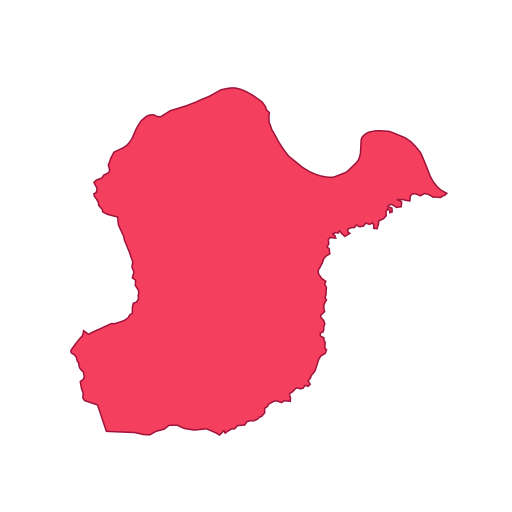 outline of Ananás, Tocantins, Brazil, rotated 80°
{"feature_id": "56859067B59489499559631", "entity_name": "Ananás", "entity_type": "district", "adm_level": 2, "iso_a3": "BRA", "parent_name": "Brazil", "parent_adm1": "Tocantins", "projection": "natural_earth1", "projection_center": [-48.183, -6.194], "detail": "fine", "context": "isolated", "style": "filled", "palette": "rose", "viewbox_px": 512, "rotation_deg": 80, "n_neighbors": 0, "source": "geoboundaries", "source_scale": "gbopen_adm2", "svg_char_len": 3705}
<svg xmlns="http://www.w3.org/2000/svg" viewBox="0 0 512 512"><g transform="rotate(80 256 256)"><path d="M117.1,217.9L113.6,220.5L110.8,220.6L105.4,223.2L97.4,231.0L92.1,237.5L89.1,242.3L87.0,247.0L86.2,250.9L86.0,255.2L86.2,261.5L90.4,273.6L91.5,278.1L92.7,284.1L93.8,287.5L96.0,299.0L98.0,315.1L102.3,325.6L101.4,329.4L99.2,332.1L98.7,336.5L99.3,339.4L101.6,343.5L102.8,345.5L106.7,349.2L110.3,352.1L118.8,357.7L121.5,360.2L124.2,363.5L126.2,367.5L129.1,377.9L134.6,382.1L137.6,383.7L140.8,385.7L146.0,385.1L148.4,386.8L149.9,391.9L152.4,394.2L153.5,400.1L155.3,402.8L159.2,401.7L161.2,400.7L165.6,402.1L166.6,404.9L169.0,404.8L172.0,403.3L175.7,402.0L178.9,402.1L183.7,399.2L185.8,399.4L189.1,395.3L193.6,385.5L201.5,386.1L213.7,382.9L217.5,382.8L229.9,380.1L240.5,378.4L245.2,380.1L250.6,379.0L256.0,381.6L259.0,378.8L264.0,380.0L269.1,377.8L271.6,377.8L274.4,378.9L278.1,379.3L280.7,381.9L281.2,385.0L285.3,386.7L290.9,387.7L292.1,390.6L294.7,392.7L296.7,397.2L297.5,402.3L298.1,407.0L297.5,410.5L302.6,430.0L304.0,434.6L299.6,438.7L302.4,439.8L304.6,441.0L306.4,443.5L310.6,448.3L314.7,452.6L317.0,454.8L319.4,454.7L321.9,451.9L324.7,450.5L328.3,450.3L330.5,449.2L332.8,449.3L335.3,449.2L337.8,448.0L340.4,446.2L344.5,446.0L347.3,447.3L349.2,450.9L353.8,450.9L357.2,450.8L360.6,450.0L366.0,451.2L368.6,449.9L375.2,437.9L402.7,433.8L406.9,414.8L408.8,406.1L412.3,397.8L413.7,391.7L411.3,384.8L410.6,376.5L407.6,371.0L408.9,363.1L413.4,356.6L416.7,347.1L417.6,334.7L423.2,326.3L426.0,323.0L422.5,317.9L425.1,317.1L423.6,314.2L422.0,309.9L422.5,307.2L419.8,303.6L420.5,296.4L417.6,293.7L417.2,289.9L418.0,287.1L416.9,282.7L415.3,280.9L415.1,278.6L412.0,274.7L407.5,273.9L406.1,270.7L404.2,269.5L402.4,264.4L402.0,261.7L403.5,258.4L404.8,256.3L403.5,253.7L404.0,251.3L405.1,247.5L401.4,246.6L399.2,247.1L397.3,246.7L396.0,243.4L393.8,240.6L392.8,238.6L394.5,235.5L394.4,232.6L391.9,230.2L393.4,227.3L391.7,224.9L388.2,226.4L385.4,223.4L383.2,222.3L381.0,219.4L379.0,217.6L368.8,212.2L365.9,209.7L363.9,204.7L360.5,202.8L358.7,204.2L355.7,203.5L353.1,202.9L350.2,203.8L348.3,203.3L346.0,206.6L343.1,206.0L342.4,203.2L340.2,202.0L337.3,201.5L334.8,200.0L331.3,200.5L327.7,202.8L325.6,202.5L322.6,198.0L320.1,198.3L316.2,197.8L313.2,195.7L311.5,194.2L308.9,195.2L306.1,193.7L303.1,193.1L299.1,192.1L295.5,193.3L293.1,191.6L289.3,195.4L286.4,196.6L284.5,197.5L280.9,197.2L278.5,195.1L274.3,191.9L270.7,189.9L268.4,187.3L266.7,182.9L264.0,182.9L261.9,182.5L259.5,184.4L256.4,182.1L252.7,182.1L250.7,180.0L252.2,174.4L249.7,174.8L247.4,176.5L246.8,173.5L247.7,171.1L245.7,169.3L248.6,167.8L252.1,165.1L250.0,159.6L248.2,161.3L245.5,160.9L244.6,157.0L245.1,154.1L242.9,152.0L245.2,148.8L245.2,145.0L242.7,142.3L244.6,138.5L243.6,135.6L246.2,134.6L249.2,135.3L250.2,132.1L246.0,129.9L242.8,129.0L241.5,124.1L238.9,120.7L234.9,120.3L232.4,117.9L234.3,116.5L236.6,116.7L236.2,114.2L232.5,113.8L230.1,117.7L228.5,115.0L229.4,112.5L232.5,109.3L232.7,104.4L228.1,103.2L226.5,104.8L224.8,107.4L226.0,101.4L227.5,98.0L228.5,94.9L224.1,93.8L222.0,91.5L222.5,87.9L225.3,83.6L223.7,79.3L225.0,76.0L226.9,73.4L228.8,71.5L229.2,68.4L230.5,64.3L229.3,61.5L228.8,59.1L227.4,57.2L223.3,62.4L219.2,65.6L213.4,68.7L207.2,70.7L197.9,72.5L185.8,75.2L182.3,76.2L175.3,80.2L170.3,83.7L165.4,88.7L157.4,101.3L156.2,103.7L154.0,113.0L153.5,117.0L153.6,123.1L154.3,125.6L155.9,129.0L157.6,131.0L159.6,132.2L173.0,135.3L176.9,137.0L178.8,138.2L181.2,140.5L188.1,150.7L189.3,153.1L191.8,165.6L191.5,168.8L190.6,172.6L188.4,178.4L185.6,183.6L182.1,188.8L176.9,194.7L175.2,196.2L163.2,206.6L156.4,210.1L148.0,213.7L137.0,217.4L134.8,218.4L126.2,219.8L120.5,219.0L117.1,217.9Z" fill="#f43f5e" stroke="#9f1239" stroke-width="1.5"/></g></svg>